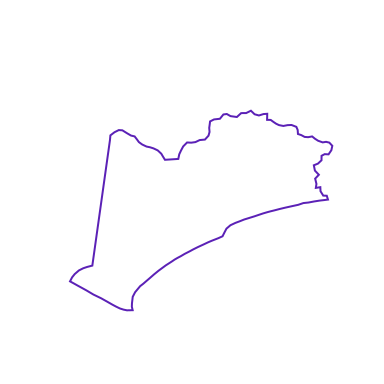 the district of Itapoá, Santa Catarina, Brazil, rotated 67°
{"feature_id": "56859067B97691755303432", "entity_name": "Itapoá", "entity_type": "district", "adm_level": 2, "iso_a3": "BRA", "parent_name": "Brazil", "parent_adm1": "Santa Catarina", "projection": "natural_earth1", "projection_center": [-48.647, -26.082], "detail": "fine", "context": "isolated", "style": "outline", "palette": "violet", "viewbox_px": 384, "rotation_deg": 67, "n_neighbors": 0, "source": "geoboundaries", "source_scale": "gbopen_adm2", "svg_char_len": 1965}
<svg xmlns="http://www.w3.org/2000/svg" viewBox="0 0 384 384"><g transform="rotate(67 192 192)"><path d="M167.8,77.9L166.9,82.1L164.4,85.8L162.0,87.9L159.4,89.6L156.4,91.4L154.9,94.7L152.1,93.4L149.4,92.2L148.2,95.7L147.7,100.5L144.9,104.0L140.2,106.0L140.5,111.3L138.6,115.9L140.5,121.4L137.2,126.9L133.8,129.5L132.9,132.8L135.5,137.7L133.8,143.4L134.1,147.8L136.7,149.3L139.7,151.1L143.6,152.4L146.6,154.8L148.8,159.6L147.2,164.6L147.4,169.4L146.3,173.4L144.5,177.2L146.6,182.3L149.6,186.0L152.3,189.0L156.2,191.7L151.8,204.3L147.9,204.9L144.8,205.3L140.3,207.3L136.8,210.4L134.4,213.2L132.4,216.1L128.8,219.3L125.3,221.4L121.8,222.2L118.4,223.1L116.2,226.1L112.3,229.0L108.0,232.0L106.4,235.2L106.7,240.0L108.0,245.0L112.1,247.2L220.8,312.5L220.0,317.9L219.7,321.9L220.0,326.7L221.7,332.0L223.7,335.7L226.6,339.2L229.5,336.9L233.5,333.8L236.9,331.1L241.5,327.5L247.9,322.8L254.4,317.1L264.7,309.2L267.8,306.7L271.0,303.9L273.5,301.0L275.5,298.1L277.6,292.8L274.1,292.2L271.1,290.8L265.3,287.5L262.0,283.5L260.1,279.8L258.4,276.5L257.4,272.7L256.2,269.0L254.9,264.9L253.0,259.1L251.4,253.6L250.3,249.0L249.3,244.8L248.7,241.3L248.1,237.8L247.4,234.3L247.0,231.0L246.7,227.4L246.1,222.9L245.7,217.2L245.3,213.2L245.0,208.2L244.8,201.8L244.6,196.8L244.6,193.0L244.7,189.3L244.8,185.8L244.7,181.2L241.9,177.9L239.2,174.6L237.6,169.6L237.4,164.0L237.6,159.6L237.7,154.8L238.2,149.9L238.8,144.0L239.1,139.9L239.5,134.9L240.0,130.6L240.5,127.1L241.1,123.4L241.9,117.9L242.9,112.0L244.0,106.1L245.3,99.2L245.7,93.8L247.2,88.9L248.4,83.4L249.8,77.8L251.1,73.4L252.1,69.8L248.1,69.4L246.6,72.6L241.5,73.4L237.7,72.0L236.6,76.4L233.2,74.3L227.8,73.4L225.7,68.5L220.3,70.5L215.0,69.4L215.1,65.0L213.4,60.4L209.3,58.6L209.0,55.1L210.7,51.6L208.0,47.4L204.3,44.8L200.2,46.3L198.2,49.0L197.4,52.3L194.1,55.9L191.0,58.0L187.8,59.7L186.9,63.7L185.3,66.8L182.3,69.2L180.0,71.8L176.2,70.5L172.8,70.5L169.2,74.2L167.8,77.9Z" fill="none" stroke="#5b21b6" stroke-width="2"/></g></svg>